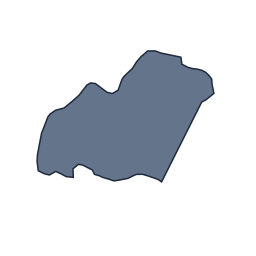 the district of Ilha Grande, Piauí, Brazil, rotated 48°
{"feature_id": "56859067B71807415879430", "entity_name": "Ilha Grande", "entity_type": "district", "adm_level": 2, "iso_a3": "BRA", "parent_name": "Brazil", "parent_adm1": "Piauí", "projection": "mercator", "projection_center": [-41.819, -2.833], "detail": "fine", "context": "isolated", "style": "filled", "palette": "slate", "viewbox_px": 256, "rotation_deg": 48, "n_neighbors": 0, "source": "geoboundaries", "source_scale": "gbopen_adm2", "svg_char_len": 923}
<svg xmlns="http://www.w3.org/2000/svg" viewBox="0 0 256 256"><g transform="rotate(48 128 128)"><path d="M99.7,223.3L106.0,220.8L110.3,217.9L112.0,210.7L117.4,208.4L122.7,206.5L128.1,201.7L121.5,196.2L121.8,189.3L124.9,186.6L135.4,182.6L140.0,183.9L144.5,181.2L147.9,179.8L153.3,176.4L157.8,173.9L160.1,170.6L163.9,164.3L165.5,161.5L166.7,156.9L168.1,152.8L172.2,148.1L177.7,144.8L183.3,141.7L186.6,140.0L190.5,139.1L158.0,55.8L159.2,51.3L159.8,41.0L155.5,38.5L151.3,36.0L147.7,33.1L143.6,32.7L138.6,33.0L134.8,34.4L131.0,36.8L127.0,40.3L123.2,42.8L120.0,44.0L116.7,45.3L110.8,41.3L97.7,50.9L94.9,53.0L88.8,56.3L83.9,61.9L83.7,70.7L84.6,77.5L86.7,84.9L86.8,90.3L87.0,96.6L87.9,100.0L93.3,110.1L91.9,116.6L87.4,119.7L73.1,122.5L69.5,125.6L68.6,129.9L70.9,142.5L70.8,152.8L70.3,162.2L66.3,170.1L65.5,176.4L66.1,180.0L74.2,196.0L87.4,213.3L91.8,217.8L99.7,223.3Z" fill="#64748b" stroke="#1e293b" stroke-width="1.5"/></g></svg>